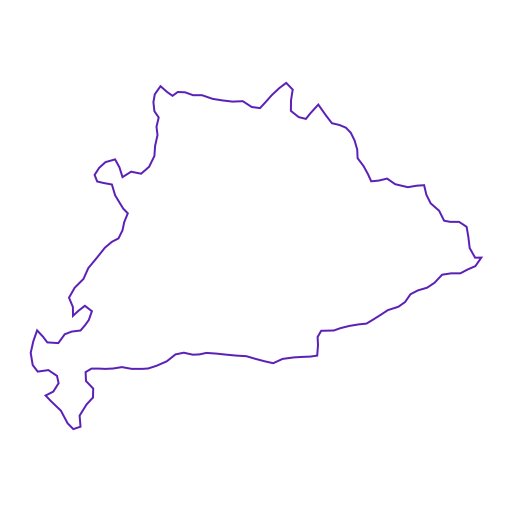 São Sebastião da Bela Vista, Minas Gerais, Brazil (Robinson projection)
{"feature_id": "56859067B55755332665387", "entity_name": "São Sebastião da Bela Vista", "entity_type": "district", "adm_level": 2, "iso_a3": "BRA", "parent_name": "Brazil", "parent_adm1": "Minas Gerais", "projection": "robinson", "projection_center": [-45.786, -22.166], "detail": "fine", "context": "isolated", "style": "outline", "palette": "violet", "viewbox_px": 512, "rotation_deg": 0, "n_neighbors": 0, "source": "geoboundaries", "source_scale": "gbopen_adm2", "svg_char_len": 2098}
<svg xmlns="http://www.w3.org/2000/svg" viewBox="0 0 512 512"><path d="M318.3,104.6L310.2,113.5L305.9,118.9L298.7,117.1L290.9,110.9L291.0,100.4L292.7,89.6L286.2,82.9L279.3,88.1L271.7,95.2L265.6,102.1L260.0,108.1L251.7,107.0L242.8,101.2L232.4,101.6L222.4,100.4L212.8,98.9L202.0,95.2L193.1,95.2L185.0,92.3L177.8,92.0L172.5,95.8L167.1,92.0L160.5,86.2L154.8,94.3L153.4,102.1L154.4,111.2L158.7,117.5L156.5,126.7L157.5,135.1L155.1,145.9L154.4,156.0L149.1,166.8L141.1,173.7L131.1,171.7L122.5,177.1L119.5,167.5L115.1,159.4L105.5,162.1L99.2,167.8L94.6,174.9L97.2,181.5L103.6,183.0L111.9,184.5L115.1,195.3L123.2,208.6L127.8,213.3L124.2,222.2L122.5,230.3L118.5,238.4L111.9,241.8L104.9,247.7L97.5,257.0L88.3,268.1L83.5,278.9L74.7,287.7L69.0,297.7L72.9,307.0L73.0,315.8L78.3,310.9L84.9,305.8L91.9,311.2L88.8,320.0L84.9,325.4L80.5,330.5L71.6,331.6L64.7,334.3L58.3,343.1L47.3,342.4L43.0,336.7L37.1,330.4L33.3,341.3L30.7,352.9L32.7,365.0L37.7,371.6L48.4,370.1L57.0,375.9L58.6,383.2L53.3,391.6L45.6,395.5L50.7,400.9L60.9,410.7L67.6,423.3L73.3,429.1L80.5,426.7L79.6,415.6L86.6,404.4L93.0,397.5L93.2,388.6L86.0,381.0L85.6,372.1L91.5,368.6L98.8,368.6L105.2,368.9L113.2,368.5L121.9,367.1L131.9,368.9L141.9,368.9L148.1,368.5L156.5,365.8L166.8,361.3L175.5,354.4L183.8,352.7L192.8,354.7L199.4,354.4L206.4,352.9L216.4,353.6L226.7,354.7L236.3,355.6L246.4,356.2L255.6,358.9L264.7,361.3L273.2,363.2L282.6,358.9L293.9,357.4L302.3,356.9L310.3,356.6L317.2,355.6L318.0,345.1L317.6,337.0L321.2,330.8L333.8,330.5L340.6,328.1L349.5,325.9L358.6,324.4L366.5,323.6L373.1,319.6L379.8,315.4L387.9,310.1L398.5,306.7L405.1,302.0L410.5,294.2L417.9,290.4L427.1,287.7L434.5,282.8L442.1,274.7L451.4,273.3L460.4,273.3L467.4,269.6L475.4,266.1L481.3,257.6L475.1,257.7L469.7,248.1L468.3,236.6L466.6,226.8L459.1,221.9L450.4,221.9L444.1,220.7L439.1,210.7L430.7,203.4L426.4,194.8L424.1,185.2L416.7,185.7L407.9,187.2L395.2,184.2L387.1,178.6L378.6,180.6L371.2,181.3L367.9,174.0L363.5,166.0L357.6,158.2L357.2,149.5L354.6,140.5L350.8,132.8L345.9,127.7L339.5,125.0L331.9,123.2L325.7,115.1L318.3,104.6Z" fill="none" stroke="#5b21b6" stroke-width="2"/></svg>